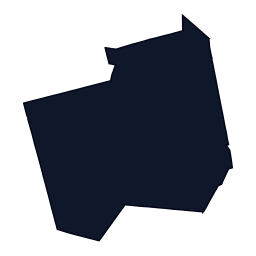 Lenauheim, Timis, Romania
{"feature_id": "2599482B52113038505236", "entity_name": "Lenauheim", "entity_type": "district", "adm_level": 2, "iso_a3": "ROU", "parent_name": "Romania", "parent_adm1": "Timis", "projection": "orthographic", "projection_center": [20.789, 45.889], "detail": "fine", "context": "isolated", "style": "filled", "palette": "ink", "viewbox_px": 256, "rotation_deg": 0, "n_neighbors": 0, "source": "geoboundaries", "source_scale": "gbopen_adm2", "svg_char_len": 3807}
<svg xmlns="http://www.w3.org/2000/svg" viewBox="0 0 256 256"><path d="M203.2,211.7L203.8,211.1L204.9,209.3L205.9,207.6L207.4,204.8L209.1,201.7L210.0,200.1L211.3,197.7L213.5,193.8L214.2,192.4L215.7,189.9L215.9,189.8L216.6,188.4L218.0,185.8L218.3,185.6L221.5,184.2L222.0,183.5L222.0,182.8L224.8,176.6L227.6,170.8L228.4,169.1L228.5,168.9L232.3,167.7L231.9,164.8L231.1,159.2L230.4,154.4L230.1,152.7L229.7,150.3L228.8,148.9L227.9,147.7L226.2,145.1L228.5,144.6L227.3,139.0L226.5,135.2L226.7,135.3L226.6,134.8L226.3,133.1L225.7,130.0L225.5,129.3L224.9,126.4L224.5,124.1L223.9,121.0L223.3,117.9L223.2,117.2L222.6,114.3L222.4,113.0L221.9,110.8L221.2,107.4L221.1,106.7L220.6,104.3L220.4,103.1L220.0,101.2L219.4,98.2L219.1,96.6L218.7,94.6L218.3,92.7L218.1,91.2L217.8,90.0L217.4,87.8L217.0,86.0L216.7,84.3L216.5,82.9L216.3,82.0L215.9,79.8L215.8,79.2L215.5,77.9L215.1,76.1L214.9,74.8L214.4,72.3L214.1,71.0L213.7,68.6L213.4,67.3L213.0,65.1L212.8,64.2L212.2,61.3L211.9,59.5L211.7,58.5L211.9,58.2L211.7,58.1L211.6,57.7L211.5,56.9L210.9,54.1L210.7,53.4L210.7,53.1L210.5,52.2L210.2,50.6L210.0,49.9L209.8,48.5L209.6,47.7L209.5,47.1L209.4,46.7L209.4,45.6L209.2,43.9L209.2,42.8L209.1,42.6L209.0,41.9L209.0,41.4L209.0,40.9L208.9,40.0L208.7,38.3L208.8,38.3L208.7,38.2L208.3,37.8L207.1,36.8L205.0,35.0L204.5,34.5L203.1,33.4L201.8,32.2L200.5,31.0L198.3,29.1L196.8,27.8L195.0,26.2L194.0,25.3L191.3,23.0L190.0,21.9L187.8,19.9L185.9,18.3L184.0,16.6L183.1,15.8L182.6,15.4L182.6,16.4L182.6,19.7L182.7,23.2L182.7,26.5L182.8,28.7L182.8,29.6L182.8,30.8L182.6,30.9L180.2,31.5L178.9,31.9L176.2,32.6L174.7,33.0L173.1,33.5L169.3,34.5L167.5,34.9L163.6,35.9L160.4,36.7L158.4,37.3L156.5,37.8L152.8,38.7L151.4,39.1L150.6,39.1L149.4,39.4L149.4,39.5L147.5,40.1L146.7,40.3L145.5,40.7L144.1,41.1L143.2,41.4L142.4,41.6L139.1,42.5L137.0,43.1L133.4,44.0L132.2,44.3L131.6,44.5L128.1,45.6L125.2,46.5L123.1,47.1L120.8,47.8L117.6,48.8L116.5,49.1L116.5,49.3L116.4,49.3L115.3,49.2L114.8,49.1L113.0,48.9L111.6,48.7L110.0,48.4L107.9,48.1L107.0,48.0L105.9,47.8L105.2,47.7L105.2,47.8L106.0,51.0L106.8,54.3L107.0,55.3L107.7,57.8L108.5,61.0L108.9,62.6L109.1,63.6L110.3,63.8L111.4,64.0L112.0,64.1L112.7,64.3L113.7,64.5L114.7,64.7L115.6,64.9L115.6,65.0L115.3,65.7L114.1,68.9L113.5,70.7L112.9,72.3L112.5,73.2L111.9,75.0L111.7,76.0L111.4,77.4L110.7,80.8L89.9,86.2L87.3,86.8L83.6,87.8L81.7,88.3L80.3,88.7L77.2,89.5L74.9,90.1L72.8,90.6L70.8,91.1L68.4,91.7L66.0,92.4L64.3,92.8L61.9,93.4L60.7,93.7L59.4,94.1L57.9,94.5L56.3,94.9L54.8,95.2L53.6,95.5L51.5,96.0L50.5,96.3L47.6,97.0L45.4,97.6L42.8,98.3L38.8,99.3L36.4,99.9L32.8,100.8L29.7,101.6L28.3,102.0L25.8,102.6L23.7,103.2L23.9,103.9L24.7,107.0L27.0,115.8L27.1,116.1L28.0,117.1L27.9,119.0L29.3,124.1L31.1,130.3L32.4,135.0L33.5,139.4L34.8,144.5L36.1,149.0L37.1,152.7L37.3,153.5L37.5,154.0L38.0,156.1L38.3,157.0L39.0,159.7L39.4,161.0L39.8,162.5L40.4,164.8L40.6,165.6L41.2,167.9L41.4,168.5L42.1,171.3L42.2,171.6L42.9,174.5L43.7,177.5L44.5,180.5L44.9,181.9L45.3,183.3L46.1,186.3L46.5,188.0L46.8,189.1L47.2,190.6L47.6,192.2L48.4,195.0L49.2,198.1L50.0,201.2L50.8,204.3L51.6,207.5L52.4,210.6L53.3,213.7L54.1,216.9L54.9,220.0L55.7,223.0L56.6,226.1L57.3,229.2L62.6,230.9L67.5,232.4L72.9,233.9L76.3,234.8L81.1,236.0L84.2,236.8L89.5,238.2L90.6,238.5L94.3,239.4L98.2,240.5L99.1,240.6L102.0,236.7L103.1,235.1L105.1,232.3L107.9,228.4L110.3,225.1L110.6,224.7L113.2,221.0L116.0,217.1L118.5,213.7L121.0,210.2L121.3,209.8L123.9,206.2L124.8,204.9L125.0,204.7L128.3,205.0L132.1,205.3L134.6,205.6L139.6,206.1L140.8,206.2L146.0,206.6L146.9,206.6L153.2,207.2L159.5,207.8L163.6,208.1L165.7,208.3L169.4,208.7L171.2,208.8L171.3,208.9L173.3,209.2L176.0,209.3L180.2,209.7L181.6,209.8L186.8,210.3L187.9,210.4L192.4,210.8L193.8,210.9L199.2,211.5L200.0,211.5L202.6,211.8L202.8,212.4L203.2,211.7Z" fill="#0f172a" stroke="#020617" stroke-width="1.5"/></svg>